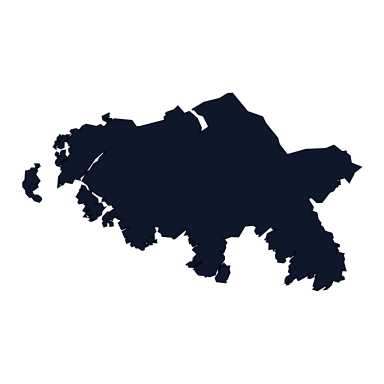 Fredrikstad nor, Østfold, Norway
{"feature_id": "86288312B4137874429707", "entity_name": "Fredrikstad nor", "entity_type": "district", "adm_level": 2, "iso_a3": "NOR", "parent_name": "Norway", "parent_adm1": "Østfold", "projection": "natural_earth1", "projection_center": [10.867, 59.223], "detail": "fine", "context": "isolated", "style": "filled", "palette": "ink", "viewbox_px": 384, "rotation_deg": 0, "n_neighbors": 0, "source": "geoboundaries", "source_scale": "gbopen_adm2", "svg_char_len": 5965}
<svg xmlns="http://www.w3.org/2000/svg" viewBox="0 0 384 384"><path d="M321.9,202.1L329.6,192.2L333.7,190.5L335.8,186.5L337.3,186.9L338.3,184.6L340.1,184.3L339.6,180.5L337.5,182.7L336.4,180.0L345.0,177.4L349.2,182.5L353.8,173.7L353.1,173.2L361.0,167.1L351.1,163.2L349.9,155.9L346.3,153.2L346.0,151.3L342.2,151.9L333.9,145.5L325.8,148.8L306.0,149.6L287.1,154.9L279.1,144.3L277.5,138.2L265.5,123.3L262.5,117.0L247.5,111.8L232.4,93.5L227.6,93.8L219.8,98.6L204.2,102.5L191.8,109.8L194.1,109.4L198.7,114.3L203.4,115.7L208.3,125.3L208.7,127.2L200.0,132.9L201.2,127.9L197.0,118.5L189.3,111.7L184.4,113.7L177.9,106.3L174.1,110.0L166.9,112.4L165.9,113.5L167.1,114.3L164.3,117.2L164.8,120.3L139.9,126.8L136.3,127.0L131.8,120.7L114.6,119.1L111.2,121.0L111.6,118.8L105.9,118.6L109.1,116.5L108.1,114.7L109.6,113.0L102.4,116.5L103.2,119.8L108.1,122.3L105.3,126.0L103.6,127.0L100.6,124.7L96.7,126.7L86.2,124.5L82.5,126.3L79.1,130.5L76.2,128.9L71.4,130.0L70.3,131.3L72.3,133.8L72.0,135.3L67.9,138.8L67.0,141.2L65.9,140.5L69.1,137.6L68.2,136.3L69.4,135.0L66.5,135.0L66.0,136.2L62.6,135.3L61.9,136.7L59.2,134.6L59.9,136.1L57.4,137.6L57.3,141.0L55.3,141.5L55.2,144.4L53.4,146.8L55.9,148.7L55.8,146.4L57.4,143.9L56.5,143.1L59.7,139.3L57.9,147.2L60.7,148.5L63.8,147.3L63.9,143.5L62.9,143.0L64.6,141.4L67.0,141.4L69.4,144.6L68.9,145.5L71.9,146.2L68.8,149.2L69.3,152.0L71.0,152.6L65.7,161.7L64.4,161.0L67.1,157.4L64.7,155.1L65.3,150.3L61.6,151.0L60.4,153.4L61.0,154.6L59.8,155.5L57.8,155.4L58.4,153.3L56.7,152.2L55.4,154.1L55.9,155.6L58.0,155.5L57.2,157.1L58.8,158.6L56.4,160.0L55.5,162.5L56.7,165.3L59.1,166.1L61.4,161.6L63.3,161.2L61.5,164.7L63.0,164.8L61.5,167.1L60.1,166.4L61.5,167.3L61.0,169.5L63.0,171.0L58.8,176.9L57.9,187.2L59.8,186.0L58.4,184.2L60.3,181.0L59.9,182.8L61.4,185.0L63.4,184.3L64.6,181.8L72.0,183.3L74.6,178.5L80.0,179.9L79.7,177.8L83.9,174.5L94.7,158.7L102.2,152.1L105.6,151.9L99.6,158.1L98.4,161.2L93.8,164.1L90.0,170.4L87.3,172.0L82.2,180.8L88.1,185.3L89.8,189.3L98.8,195.6L103.8,197.3L102.9,198.8L104.1,199.7L102.5,199.7L102.2,201.1L105.2,200.8L108.3,205.0L111.9,204.7L113.0,207.1L115.6,208.0L109.9,212.1L109.4,214.5L109.1,212.4L107.6,212.3L103.0,217.1L102.5,219.5L104.1,221.1L102.6,223.2L104.1,226.7L106.6,225.8L106.5,220.8L110.0,223.6L110.1,226.2L113.1,225.6L112.6,222.5L109.7,221.1L108.9,222.0L108.4,218.9L112.4,220.0L113.1,218.0L116.2,216.9L117.5,218.8L122.2,219.9L118.6,223.1L121.7,229.5L125.6,227.8L128.5,228.3L122.6,231.8L125.0,237.6L127.7,237.3L125.8,239.8L126.7,243.0L132.7,240.9L130.8,244.8L131.8,246.4L134.8,245.2L136.0,247.7L138.5,247.7L142.2,250.2L144.1,249.4L143.9,247.4L147.7,246.0L147.6,244.7L144.8,243.7L146.9,240.6L148.5,244.7L152.0,244.3L151.3,242.3L156.6,242.6L156.3,240.0L153.9,241.0L154.1,237.0L151.5,236.9L154.0,235.5L153.6,233.6L155.7,231.6L153.8,226.4L158.8,226.6L159.5,228.4L158.4,231.4L161.5,233.3L162.3,236.1L173.0,237.1L173.0,238.5L174.5,238.7L187.0,228.3L186.1,229.5L186.8,231.8L184.9,234.9L190.0,234.4L188.7,236.1L190.4,238.0L188.8,239.1L189.7,243.4L193.9,242.3L191.8,244.3L192.7,246.2L199.1,244.0L197.8,246.7L194.6,247.4L192.8,249.9L197.5,254.0L194.0,257.6L195.0,257.5L193.7,258.8L194.6,260.5L193.0,260.4L194.0,262.2L190.2,262.1L185.9,265.0L187.7,264.3L189.3,267.1L192.9,266.9L192.4,267.7L201.5,260.5L200.6,262.2L201.8,262.5L194.4,267.3L195.1,268.0L193.8,269.5L196.8,270.7L195.7,271.5L198.6,274.8L204.6,275.2L205.7,276.9L208.8,274.9L208.1,276.1L209.6,276.6L215.0,274.7L217.0,268.9L218.2,268.8L224.2,259.4L224.2,256.7L220.5,251.4L223.5,252.7L225.5,247.6L225.0,245.3L226.6,242.5L223.5,239.3L231.0,236.3L238.5,236.6L244.8,225.9L253.0,225.0L256.8,226.9L254.9,231.0L256.7,234.1L260.2,233.5L258.9,236.8L270.1,227.1L272.0,226.6L272.3,228.6L274.2,229.5L277.0,229.0L267.5,234.0L266.4,238.2L264.6,240.0L268.1,238.3L266.6,241.7L269.4,242.6L269.1,249.3L272.9,248.6L273.6,250.4L276.0,247.7L276.6,250.4L275.4,251.4L276.9,252.4L275.6,255.3L276.3,258.6L278.0,259.5L278.0,261.9L283.6,262.6L285.4,261.1L284.6,258.1L289.2,256.2L290.7,257.2L293.4,254.8L294.7,251.3L295.8,251.3L294.3,256.8L290.4,260.3L290.1,262.0L292.8,262.1L288.9,266.7L289.8,267.7L288.7,271.9L290.5,272.7L290.0,275.4L286.5,277.1L285.3,279.8L285.3,283.1L287.4,283.1L286.8,284.6L288.9,284.1L289.0,280.7L290.6,282.6L292.8,280.3L292.9,278.4L294.2,278.9L296.3,276.8L298.4,280.4L308.5,274.8L308.2,278.0L310.4,278.2L313.0,276.9L314.1,273.4L316.0,273.0L316.5,274.2L315.0,276.9L316.0,277.1L313.3,286.1L315.5,286.8L313.3,289.1L317.4,290.5L325.4,285.6L327.0,287.2L324.6,289.4L326.5,289.2L330.9,285.2L333.0,280.3L338.6,281.9L339.8,280.2L344.0,279.3L343.9,277.5L340.9,275.5L341.9,270.3L345.7,270.6L343.4,262.0L344.3,259.1L343.0,255.3L343.8,253.8L338.8,252.7L337.0,250.4L338.1,250.4L336.9,248.9L337.2,246.4L339.1,246.5L339.0,244.7L333.6,242.9L333.3,241.1L331.6,240.6L332.9,237.5L331.8,233.5L324.7,231.3L323.1,227.7L320.3,225.5L320.7,222.9L318.0,219.6L316.7,213.0L311.9,211.3L313.1,207.1L308.4,199.8L309.3,197.7L311.8,197.5L317.0,202.3L321.9,202.1ZM84.9,186.4L81.9,185.4L81.0,188.9L79.2,190.3L82.1,188.7L83.3,190.1L79.9,191.4L76.4,196.8L79.4,199.3L78.2,202.5L79.1,203.6L86.4,202.3L84.5,204.4L86.5,205.4L83.2,210.7L85.7,212.1L87.6,209.8L89.0,209.9L83.9,216.7L86.3,216.8L85.0,215.6L86.3,214.1L88.9,215.7L91.5,215.1L89.0,217.4L91.0,218.1L89.7,220.0L92.4,219.5L91.1,221.0L92.7,220.7L96.8,218.5L97.4,213.7L98.6,216.2L101.4,214.4L101.7,211.1L104.9,207.5L103.5,207.9L101.5,203.3L95.7,203.9L97.9,202.0L97.5,199.0L91.4,194.0L91.0,191.7L87.0,190.4L84.9,186.4ZM38.9,164.1L35.1,164.1L36.3,166.4L35.3,168.4L31.5,168.2L29.9,170.5L25.8,171.2L25.2,179.9L23.0,182.6L23.1,186.9L25.8,189.9L26.2,193.4L29.6,197.2L31.9,196.9L34.4,200.4L39.3,202.0L41.4,199.7L41.0,197.9L38.0,195.4L33.9,195.3L31.4,191.5L38.0,186.9L36.9,184.6L39.8,180.9L35.3,174.4L37.4,170.6L36.3,168.8L39.9,166.2L38.9,164.1ZM226.5,266.5L224.0,263.6L220.2,267.6L218.5,270.5L219.1,272.5L215.4,278.1L216.7,281.5L225.8,282.5L225.8,279.5L227.0,279.2L229.8,272.5L228.8,269.4L229.5,266.2L226.5,266.5Z" fill="#0f172a" stroke="#020617" stroke-width="1.5"/></svg>